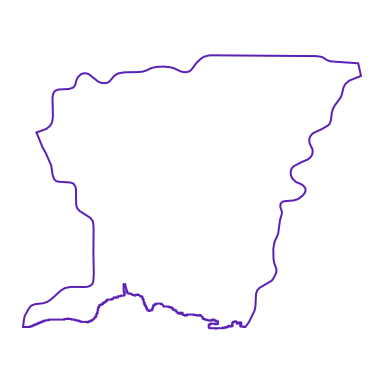 La Romana, La Romana, Dominican Republic
{"feature_id": "3306468B23578023399759", "entity_name": "La Romana", "entity_type": "district", "adm_level": 2, "iso_a3": "DOM", "parent_name": "Dominican Republic", "parent_adm1": "La Romana", "projection": "mercator", "projection_center": [-68.939, 18.464], "detail": "fine", "context": "isolated", "style": "outline", "palette": "violet", "viewbox_px": 384, "rotation_deg": 0, "n_neighbors": 0, "source": "geoboundaries", "source_scale": "gbopen_adm2", "svg_char_len": 5838}
<svg xmlns="http://www.w3.org/2000/svg" viewBox="0 0 384 384"><path d="M358.2,63.3L330.8,61.4L327.1,60.2L322.7,57.3L320.0,56.6L315.5,56.1L211.9,55.3L208.7,55.5L204.1,56.7L201.4,58.3L196.8,62.5L191.3,69.9L189.3,71.4L186.5,72.1L183.7,72.1L180.7,71.4L174.1,68.3L169.5,67.1L163.0,66.6L156.6,66.9L151.9,67.9L145.0,71.0L142.1,71.7L137.4,72.1L124.7,72.3L118.7,73.3L116.0,74.6L113.8,76.4L109.2,81.8L106.7,82.9L103.9,83.2L101.0,82.8L98.2,81.6L88.8,74.2L86.1,73.3L83.5,73.3L80.9,74.3L77.8,77.3L76.6,79.8L75.2,84.9L73.8,87.0L72.7,87.8L68.8,89.0L58.6,89.5L56.0,90.4L54.8,91.2L53.9,92.3L52.9,94.9L52.5,97.8L52.9,115.6L52.5,120.4L51.6,123.4L49.9,126.0L46.3,128.9L36.5,132.5L42.3,146.8L46.0,153.5L51.2,165.4L52.7,175.3L54.0,179.0L55.9,180.9L58.3,181.7L70.4,182.5L72.9,183.4L73.9,184.2L75.4,186.6L76.0,189.3L76.1,202.9L76.4,205.8L77.3,208.4L79.7,211.1L90.5,218.0L92.7,221.2L93.3,224.0L93.6,228.6L93.4,252.8L93.8,273.9L93.3,281.2L92.4,283.8L91.5,284.9L90.3,285.8L87.8,286.7L85.0,287.0L71.0,286.9L65.0,288.0L60.9,290.5L51.5,299.0L47.6,301.7L43.4,303.2L34.9,304.2L31.2,305.7L28.9,308.4L24.8,315.8L23.9,319.9L23.0,327.0L29.8,327.0L29.8,326.5L31.5,326.5L31.5,325.9L33.1,325.9L33.1,325.3L34.2,325.3L34.2,324.7L35.8,324.7L35.8,324.2L36.9,324.2L36.9,323.6L38.5,323.6L38.5,323.0L39.6,323.0L39.6,322.4L41.2,322.4L41.2,321.9L42.3,321.9L42.3,321.3L43.9,321.3L43.9,320.7L46.1,320.7L46.1,320.2L48.8,320.2L48.8,319.6L64.5,319.6L64.5,319.0L67.2,319.0L67.2,318.5L68.3,318.5L68.3,319.0L71.6,319.0L71.6,319.6L74.8,319.6L74.8,320.2L77.0,320.2L77.0,320.7L79.2,320.7L79.2,321.3L80.8,321.3L80.8,321.9L87.3,321.9L87.3,322.4L87.8,322.4L87.8,321.9L88.9,321.9L88.9,321.3L90.6,321.3L90.6,320.7L91.6,320.7L91.6,320.2L92.7,320.2L92.7,319.6L93.8,319.0L93.8,318.5L94.4,318.5L94.9,317.3L95.4,317.3L95.4,316.7L96.0,316.7L96.0,315.6L96.5,315.6L96.5,313.9L97.1,313.9L97.1,312.7L97.6,312.7L97.6,309.9L98.1,309.9L98.1,307.6L98.7,307.6L98.7,307.0L99.2,307.0L99.2,305.3L100.3,305.3L100.3,304.7L101.9,304.7L101.9,304.2L102.5,304.2L102.5,303.6L103.0,303.6L103.0,303.0L103.6,303.0L103.6,302.5L104.7,302.5L104.7,301.9L105.7,301.9L105.7,301.3L106.3,301.3L106.3,300.7L106.8,300.7L106.8,300.2L107.4,300.2L107.4,299.6L111.7,299.6L111.7,299.0L112.8,299.0L112.8,298.5L113.3,298.5L113.9,297.3L116.0,297.3L116.0,297.9L116.6,297.9L116.6,297.3L117.7,297.3L117.7,296.7L118.2,296.7L118.2,296.2L120.9,296.2L120.9,295.6L124.2,295.6L124.2,294.5L124.7,294.5L124.7,292.7L124.2,292.7L124.2,291.6L123.6,291.6L123.6,284.2L125.3,284.2L125.3,287.0L125.8,287.0L125.8,288.7L126.3,288.7L126.3,290.5L126.9,290.5L126.9,291.6L127.4,291.6L127.4,293.3L129.6,293.3L129.6,293.9L131.8,293.9L132.3,295.0L134.5,295.0L134.5,295.6L135.6,295.6L136.1,294.5L137.7,294.5L137.7,295.0L139.4,295.0L139.9,296.2L141.5,296.2L141.5,296.7L142.1,296.7L142.1,297.3L142.6,297.3L142.6,299.0L143.2,299.0L143.2,300.2L143.7,300.2L143.7,302.5L144.2,302.5L144.2,303.0L144.8,303.0L144.8,303.6L144.2,303.6L144.2,304.2L144.8,304.2L144.8,305.3L145.3,305.3L145.3,305.9L145.9,305.9L145.9,307.0L146.4,307.0L146.4,308.2L146.9,308.2L146.9,309.3L147.5,309.3L147.5,310.4L149.1,310.4L149.1,311.0L149.6,311.0L149.6,310.4L151.8,310.4L151.8,309.3L152.4,309.3L152.4,308.2L152.9,308.2L152.9,306.5L153.4,306.5L153.4,305.3L154.5,305.3L154.5,304.7L155.1,304.7L155.1,304.2L156.2,304.2L156.2,303.6L161.0,303.6L161.0,304.2L162.1,304.2L162.7,305.3L163.2,305.3L163.7,306.5L168.6,306.5L168.6,307.0L170.3,307.0L170.3,307.6L171.9,307.6L171.9,308.2L172.4,308.2L172.4,308.7L173.0,308.7L173.0,309.3L173.5,309.3L173.5,309.9L174.6,309.9L174.6,310.4L176.2,310.4L176.2,311.6L176.8,311.6L177.3,312.7L177.8,312.7L177.8,313.3L178.4,313.3L178.4,312.7L179.5,312.7L179.5,313.9L181.1,313.9L181.1,313.3L181.6,313.3L181.6,312.7L182.2,312.7L182.2,313.3L182.7,313.3L182.7,314.5L183.3,314.5L183.3,315.0L184.9,315.0L184.9,315.6L186.5,315.6L186.5,315.0L187.1,315.0L187.1,314.5L194.1,314.5L194.1,315.0L196.8,315.0L196.8,315.6L199.5,315.6L199.5,315.0L200.6,315.0L201.2,316.2L201.7,316.2L202.2,317.3L202.8,317.3L202.8,318.5L203.3,318.5L203.3,319.0L204.9,319.0L204.9,319.6L206.6,319.6L206.6,320.2L209.3,320.2L209.3,320.7L211.5,320.7L211.5,320.2L212.0,320.2L212.0,319.6L214.2,319.6L214.2,320.2L214.7,320.2L214.7,320.7L216.3,320.7L216.3,321.3L217.4,321.3L217.4,321.9L218.0,321.9L218.0,323.6L217.4,323.6L217.4,324.2L214.7,324.2L214.7,323.6L210.9,323.6L210.9,324.2L209.8,324.2L209.8,324.7L208.7,324.7L208.7,327.0L209.3,327.0L209.3,328.2L215.8,328.2L215.8,328.7L216.3,328.7L216.3,328.2L222.8,328.2L222.8,327.6L223.4,327.6L223.4,328.2L223.9,328.2L223.9,327.6L225.6,327.6L225.6,327.0L226.1,327.0L226.1,327.6L226.6,327.6L226.6,327.0L227.7,327.0L227.7,326.5L228.3,326.5L228.3,325.9L230.4,325.9L230.4,326.5L231.5,326.5L231.5,325.9L232.6,325.9L232.6,325.3L232.1,325.3L232.1,323.6L232.6,323.6L232.6,322.4L233.1,322.4L233.1,321.9L234.8,321.9L234.8,321.3L235.8,321.3L235.8,321.9L236.4,321.9L236.4,322.4L237.1,322.5L236.9,323.6L238.6,323.6L238.6,322.4L240.7,322.4L240.7,323.0L241.3,323.0L241.3,324.7L240.2,324.7L240.2,325.9L240.7,325.9L240.7,326.5L243.4,326.5L243.4,327.0L245.3,327.0L248.9,322.2L254.6,310.5L255.4,306.5L256.0,294.1L257.1,290.5L259.5,287.9L271.7,280.7L273.8,277.8L276.2,272.8L276.5,269.5L274.2,262.9L273.5,258.9L273.3,248.9L274.5,242.0L278.1,233.9L280.0,220.2L281.9,213.5L281.8,211.5L280.3,206.9L280.6,203.7L282.1,202.0L284.3,201.2L293.2,200.5L297.3,199.4L299.7,198.0L302.9,195.3L304.5,193.3L305.5,191.0L305.4,188.4L303.4,185.7L301.5,184.4L296.0,182.0L292.4,178.6L291.2,176.2L290.7,173.6L290.8,171.0L291.6,168.6L292.3,167.6L294.1,166.0L301.6,162.1L307.5,159.6L309.5,158.2L311.2,156.4L312.3,154.2L312.7,151.6L312.4,149.1L309.9,144.0L309.3,141.7L309.3,139.1L310.1,136.7L311.5,134.7L313.4,133.0L321.4,129.3L327.6,125.7L329.4,124.2L330.8,120.8L331.8,113.0L332.8,109.1L334.8,105.4L340.7,97.4L341.7,94.9L343.6,87.2L345.5,83.8L349.3,80.6L361.0,75.9L358.2,63.3Z" fill="none" stroke="#5b21b6" stroke-width="2"/></svg>